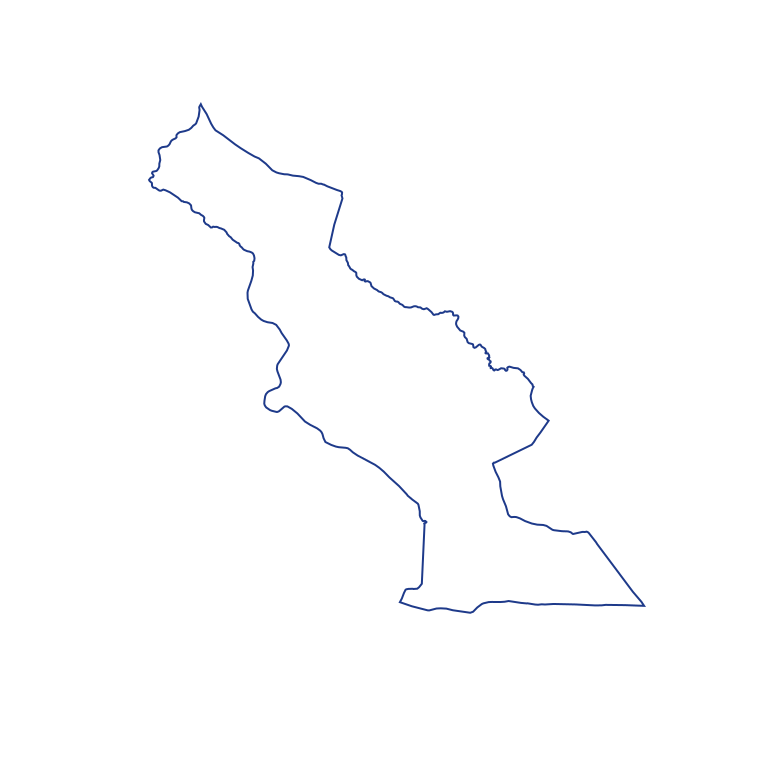 Inharrime, Inhambane, Mozambique (Albers equal-area conic projection), rotated 53°
{"feature_id": "85939544B69817996790019", "entity_name": "Inharrime", "entity_type": "district", "adm_level": 2, "iso_a3": "MOZ", "parent_name": "Mozambique", "parent_adm1": "Inhambane", "projection": "albers", "projection_center": [34.702, -24.408], "detail": "fine", "context": "isolated", "style": "outline", "palette": "blue", "viewbox_px": 768, "rotation_deg": 53, "n_neighbors": 0, "source": "geoboundaries", "source_scale": "gbopen_adm2", "svg_char_len": 6102}
<svg xmlns="http://www.w3.org/2000/svg" viewBox="0 0 768 768"><g transform="rotate(53 384 384)"><path d="M476.3,266.2L475.1,266.4L473.7,265.7L471.8,266.0L466.5,266.0L462.0,266.9L460.6,266.8L459.8,265.6L458.8,265.4L457.9,266.4L454.9,266.6L452.1,267.6L449.1,270.8L445.7,273.3L445.2,274.4L445.2,275.7L446.9,276.8L447.2,277.9L446.9,278.6L445.9,278.9L444.9,278.6L443.9,278.9L441.9,281.0L441.5,284.2L441.2,284.9L439.7,285.8L439.3,286.7L439.6,287.2L439.5,287.9L438.5,288.2L436.8,287.9L436.1,288.2L435.5,289.2L435.1,289.0L435.1,288.4L434.4,288.0L433.6,288.2L432.8,289.0L432.0,288.6L431.0,287.5L431.0,286.3L430.6,285.5L430.0,285.2L429.0,285.6L427.4,285.4L426.8,286.0L426.1,286.1L425.7,285.7L425.8,285.1L426.4,284.5L426.2,283.8L425.0,283.4L424.4,282.8L422.0,282.6L421.3,283.3L421.1,284.1L420.3,284.3L419.5,282.8L418.5,282.8L417.0,282.1L415.7,282.3L412.9,283.5L411.2,283.3L410.2,283.6L409.8,284.7L410.0,288.6L409.6,289.9L408.5,290.4L406.0,289.1L405.1,289.5L402.4,291.7L400.9,292.0L397.6,290.8L395.2,291.2L393.6,290.8L391.5,289.0L390.1,289.1L387.1,290.9L382.2,291.1L380.5,290.7L379.4,290.3L378.2,289.2L377.5,288.3L376.8,286.3L376.0,284.9L374.9,284.0L373.6,284.0L372.8,284.8L371.3,287.1L370.4,287.2L368.9,286.2L368.0,286.0L367.2,286.2L365.6,287.4L364.2,290.3L362.6,291.6L362.7,293.4L362.4,294.3L361.9,295.2L361.0,296.1L360.9,298.7L359.7,300.5L359.0,302.4L358.4,302.8L355.2,302.8L350.8,303.7L349.2,304.3L348.3,307.1L347.0,308.2L344.8,308.8L343.1,310.7L341.8,311.2L340.6,312.3L339.9,313.5L339.1,316.4L338.1,317.9L336.1,319.9L335.4,320.8L334.4,321.4L331.9,321.7L329.4,323.1L327.4,323.2L326.4,323.6L325.3,324.8L324.2,325.4L322.1,325.2L320.8,325.3L318.3,327.1L316.6,327.7L315.0,328.9L311.9,330.4L310.1,330.6L308.9,331.1L306.8,332.6L304.8,333.0L301.7,334.5L298.3,335.1L295.2,333.9L294.3,334.0L292.2,335.0L291.7,335.6L290.9,337.3L290.1,337.5L289.1,336.5L288.6,336.8L288.2,337.6L288.0,339.0L284.9,340.7L282.0,341.1L280.6,340.7L278.6,339.3L277.6,339.3L275.6,340.2L273.7,340.6L272.9,341.1L271.5,341.4L268.9,341.0L267.7,341.1L265.4,339.9L262.5,339.5L260.1,337.9L259.1,337.8L257.6,337.2L256.8,337.2L256.0,338.1L255.3,341.0L253.8,342.3L245.8,345.4L243.9,345.7L241.9,345.5L226.8,327.8L210.8,305.5L207.7,304.3L207.3,303.5L205.8,302.2L205.0,302.2L203.6,302.8L200.8,304.8L192.0,310.3L188.5,312.0L188.3,312.4L186.3,313.6L184.6,315.8L182.5,317.2L177.1,319.8L170.0,323.9L166.9,326.8L162.7,331.4L158.7,334.7L156.4,337.5L152.5,341.0L150.3,342.6L146.1,344.6L137.0,345.8L128.5,348.1L124.4,350.5L117.6,353.4L109.5,356.5L103.0,358.7L88.6,362.7L80.0,365.9L76.4,365.9L72.1,365.4L61.7,363.2L53.0,362.5L50.3,361.9L51.4,364.5L52.0,365.2L54.2,366.4L58.9,371.1L62.8,377.2L63.0,378.4L62.9,380.9L63.5,383.8L63.5,386.9L62.2,390.8L60.0,395.5L59.8,397.5L60.2,399.6L60.7,400.3L62.1,401.2L62.4,402.6L61.8,405.3L61.7,406.9L62.0,408.2L63.5,411.1L63.8,413.0L63.7,414.4L61.3,418.7L61.0,420.9L61.2,422.0L61.7,423.5L63.2,424.6L66.1,425.5L70.5,427.9L72.8,430.8L75.0,432.5L76.1,434.3L76.9,436.8L76.8,437.8L75.4,440.7L75.5,441.7L76.1,442.4L78.9,442.6L79.5,443.4L79.7,444.1L79.0,445.6L79.0,446.7L79.6,448.8L80.9,449.0L83.6,448.4L84.7,448.9L85.3,449.5L86.2,450.0L87.7,450.2L88.7,449.8L89.8,448.5L93.9,447.2L94.7,446.7L95.4,445.8L95.9,443.3L97.8,441.9L102.1,439.6L111.2,436.4L116.2,435.6L117.2,434.5L118.1,434.3L120.3,432.1L122.5,430.9L125.2,430.6L127.8,432.1L129.1,432.6L130.8,432.5L133.0,431.7L136.5,428.8L138.9,428.3L140.6,427.5L142.1,427.3L143.2,427.5L144.8,429.2L145.9,429.9L148.8,430.0L151.3,428.7L154.8,428.1L155.5,427.0L155.5,425.8L156.7,424.7L157.5,423.4L158.5,422.5L160.4,421.6L161.6,420.6L164.7,418.8L168.2,418.5L169.6,418.9L172.8,418.7L174.5,418.1L177.7,418.0L183.0,416.2L183.9,415.4L185.3,415.3L186.4,415.8L187.8,415.8L189.2,415.4L191.4,415.3L192.6,415.0L195.6,413.3L197.4,411.7L199.4,410.5L200.9,410.1L203.1,410.5L205.6,411.7L207.5,413.5L207.7,414.8L209.3,416.0L211.5,418.6L214.6,420.3L218.4,423.5L221.8,427.9L227.5,436.5L229.0,438.1L234.0,441.6L244.7,444.9L247.3,445.2L249.8,444.6L254.6,444.2L258.7,443.3L261.2,442.2L264.5,439.9L268.2,436.3L271.9,434.5L277.8,434.5L281.7,435.1L290.7,435.4L294.3,435.9L295.7,436.5L296.3,437.1L298.8,441.3L303.9,456.1L304.3,457.2L305.2,458.4L307.5,460.5L309.8,461.5L318.3,464.0L320.5,465.3L321.6,466.5L323.0,469.3L322.9,471.6L322.1,473.4L320.6,479.9L320.5,481.8L321.1,484.4L322.3,486.3L325.6,489.7L327.7,491.5L329.4,492.1L331.8,492.2L336.3,490.7L337.9,489.7L341.7,486.6L342.2,485.8L342.6,484.1L342.1,477.1L342.6,476.0L343.8,474.6L348.4,472.6L355.4,470.9L366.4,469.7L372.2,467.5L379.2,464.1L382.9,463.0L385.0,462.9L387.0,463.3L391.0,464.9L395.1,465.7L400.9,462.8L405.0,460.1L407.3,458.1L411.8,453.1L413.5,451.6L416.1,450.7L419.8,450.0L425.3,448.1L443.1,439.8L448.1,438.2L454.0,436.9L461.8,435.9L474.6,433.4L486.1,432.2L487.4,432.3L493.5,430.9L499.9,429.0L501.2,429.2L507.1,432.0L510.5,434.5L512.5,435.2L516.6,435.5L517.4,434.9L517.7,434.0L518.3,433.4L519.8,433.2L520.0,433.8L519.6,435.3L519.8,436.0L520.4,436.0L566.3,474.0L567.4,478.2L567.5,480.6L565.4,483.9L564.9,484.2L562.4,487.7L561.4,489.7L561.3,490.6L562.9,493.8L566.1,498.9L567.8,502.6L578.3,495.5L591.1,485.3L592.1,484.0L594.9,477.2L597.2,473.8L600.9,469.4L606.1,465.2L618.6,452.8L619.5,449.9L618.6,444.0L618.6,438.3L619.0,436.6L621.2,431.6L623.0,429.0L628.0,422.5L630.5,418.7L632.3,415.1L641.2,406.4L645.2,402.0L645.4,401.5L651.1,396.0L653.0,393.8L654.8,390.7L657.0,388.1L661.7,381.0L675.4,363.6L688.0,348.5L691.8,343.3L693.8,339.9L705.8,324.4L717.7,309.8L712.9,309.5L699.7,310.3L640.1,310.1L638.1,309.9L626.3,310.1L625.2,310.3L623.9,311.0L623.1,312.6L621.5,314.6L617.6,323.2L617.2,323.5L614.8,324.1L612.5,325.7L608.7,330.4L603.0,336.3L601.8,337.2L595.1,339.6L592.4,341.7L588.5,346.3L584.4,349.9L578.4,353.8L573.3,356.2L570.8,357.8L569.6,358.7L568.4,360.2L567.0,362.4L565.3,363.2L562.8,363.3L555.1,360.2L547.7,358.3L544.4,357.1L535.7,352.7L531.8,350.0L527.4,348.8L521.3,347.7L515.0,345.8L513.1,344.9L513.0,343.4L513.5,343.0L521.4,302.6L520.5,299.1L518.6,294.3L516.9,288.3L512.4,274.6L506.0,276.5L500.3,277.7L494.3,278.2L491.4,278.0L487.5,276.9L484.6,275.7L481.7,274.0L478.1,269.5L476.9,267.7L476.3,266.2Z" fill="none" stroke="#1e3a8a" stroke-width="2"/></g></svg>